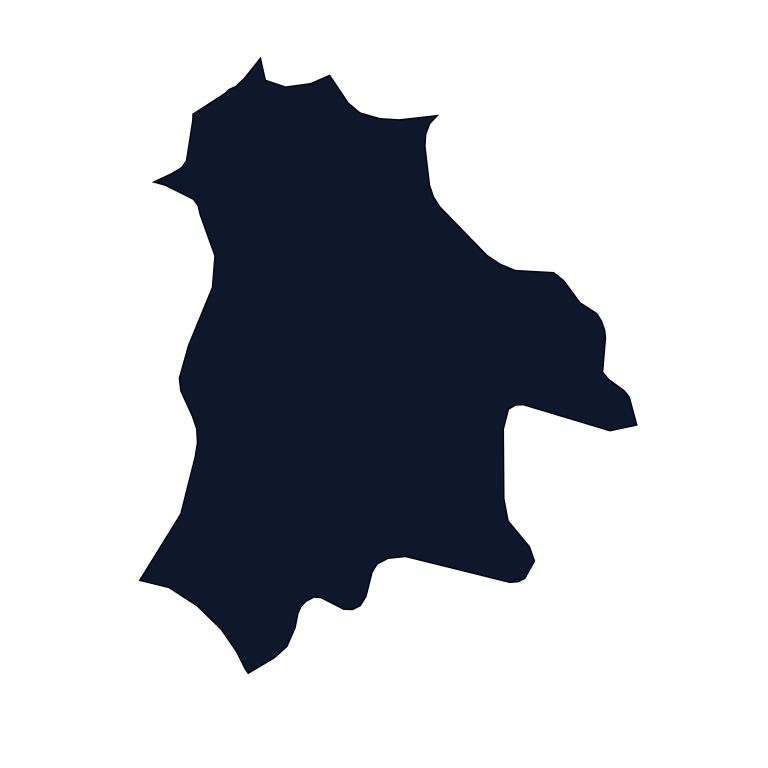 an SVG outline of Crotene, rotated 188°
{"feature_id": "ITA-5392", "entity_name": "Crotene", "entity_type": "Province", "adm_level": 1, "iso_a3": "ITA", "parent_name": "Italy", "parent_adm1": "", "projection": "robinson", "projection_center": [16.94, 39.189], "detail": "fine", "context": "isolated", "style": "filled", "palette": "ink", "viewbox_px": 768, "rotation_deg": 188, "n_neighbors": 0, "source": "natural_earth", "source_scale": "10m", "svg_char_len": 1258}
<svg xmlns="http://www.w3.org/2000/svg" viewBox="0 0 768 768"><g transform="rotate(188 384 384)"><path d="M478.2,78.7L481.9,82.7L492.5,98.2L510.9,118.3L538.0,138.3L568.7,152.6L598.5,155.6L567.1,227.0L560.8,285.5L560.5,299.6L563.2,313.6L569.3,325.6L584.3,349.1L587.4,361.3L582.9,394.8L567.3,455.7L569.2,487.4L589.5,526.0L592.9,534.8L598.6,540.5L628.0,550.4L640.0,552.0L623.1,563.0L614.3,570.3L610.6,577.6L610.0,618.8L610.7,624.6L581.7,649.7L578.4,654.0L572.1,658.0L564.5,667.6L551.7,689.3L543.8,668.2L522.8,664.3L498.3,671.2L480.8,682.0L458.6,657.2L445.6,649.1L424.9,646.1L405.7,647.6L368.7,657.1L374.9,648.5L377.5,637.4L376.6,625.2L366.6,587.0L361.0,576.0L353.4,567.1L300.1,525.7L285.5,518.7L269.9,514.6L231.4,517.8L220.3,511.2L201.4,491.8L183.2,483.3L177.4,476.5L173.1,468.2L171.1,460.4L169.2,426.2L162.5,419.9L144.9,410.5L139.3,405.0L128.0,378.6L153.8,369.2L242.9,382.9L250.8,381.6L257.3,376.3L259.6,356.0L249.4,287.1L242.1,265.6L217.3,243.0L210.4,229.7L217.5,211.2L223.5,207.0L231.7,205.1L338.6,216.2L355.7,212.0L365.8,204.8L369.7,195.6L372.3,171.3L376.6,161.3L383.8,156.3L392.6,155.4L416.5,163.7L423.6,163.3L431.1,158.0L435.4,151.8L437.3,145.1L438.2,129.9L443.7,110.6L454.7,97.5L478.2,78.7Z" fill="#0f172a" stroke="#020617" stroke-width="1.5"/></g></svg>